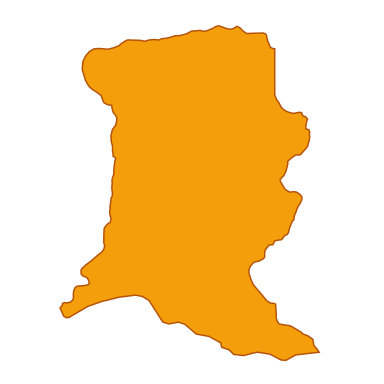 the district of Banyas, Tartus, Syria, rotated 271°
{"feature_id": "27442178B62310236233952", "entity_name": "Banyas", "entity_type": "district", "adm_level": 2, "iso_a3": "SYR", "parent_name": "Syria", "parent_adm1": "Tartus", "projection": "albers", "projection_center": [36.094, 35.15], "detail": "fine", "context": "isolated", "style": "filled", "palette": "amber", "viewbox_px": 384, "rotation_deg": 271, "n_neighbors": 0, "source": "geoboundaries", "source_scale": "gbopen_adm2", "svg_char_len": 3679}
<svg xmlns="http://www.w3.org/2000/svg" viewBox="0 0 384 384"><g transform="rotate(271 192 192)"><path d="M317.9,80.4L312.3,80.2L308.6,81.4L302.0,83.4L297.5,86.0L295.2,87.7L292.4,91.1L289.4,96.1L286.9,99.4L283.2,100.8L279.9,102.3L278.5,104.6L277.6,106.9L277.4,110.1L273.9,110.7L271.9,111.4L270.0,111.9L267.7,114.0L266.1,114.7L264.4,115.7L261.0,115.3L257.4,114.5L253.3,111.4L249.4,110.5L246.8,110.0L244.3,110.1L240.8,110.5L236.5,111.7L234.7,111.8L231.5,111.8L228.5,112.5L226.5,112.4L225.5,114.1L223.7,115.0L220.5,114.2L216.3,113.7L212.9,113.5L207.9,113.4L204.4,112.1L201.7,111.8L199.1,112.1L196.9,111.8L194.8,111.8L192.4,112.0L190.6,112.4L188.1,112.4L186.6,112.3L184.1,111.1L182.9,111.2L180.7,110.8L177.9,110.6L175.4,110.2L174.2,110.4L171.2,110.0L168.5,110.2L167.0,110.6L164.4,111.5L162.7,111.2L161.2,111.0L160.2,110.9L159.3,109.3L158.5,108.1L156.5,106.3L154.0,104.8L150.6,104.7L145.3,104.6L139.7,104.7L136.9,105.6L133.4,104.9L131.0,103.5L127.0,98.7L121.8,92.9L117.2,87.1L114.5,84.3L112.4,82.5L110.3,82.5L108.8,82.5L107.6,82.9L106.3,84.2L105.8,85.4L105.3,86.8L104.0,89.0L102.0,90.0L100.0,90.7L98.7,90.9L97.5,89.9L96.3,84.7L96.0,79.3L94.7,77.0L91.5,75.5L88.1,75.1L84.6,75.3L82.6,75.0L80.1,72.9L79.1,70.2L79.1,69.8L79.1,65.9L77.9,64.4L75.9,64.2L74.7,62.7L73.7,62.1L65.8,65.8L64.2,68.3L64.3,71.0L75.8,89.8L80.8,103.2L85.5,120.7L87.9,137.3L86.7,144.2L82.7,151.0L61.4,165.1L59.7,171.3L61.6,180.8L59.6,187.2L50.0,198.8L47.9,211.6L41.7,223.3L37.3,224.4L34.8,231.9L34.2,232.5L30.3,236.6L29.8,242.7L29.4,246.5L33.0,259.9L31.2,272.9L25.6,283.9L25.3,288.8L30.9,298.5L34.0,321.9L37.5,319.5L40.6,316.6L46.9,315.3L50.2,310.4L52.1,304.9L53.5,304.0L59.3,293.9L60.2,291.2L60.8,285.2L61.7,281.4L63.6,279.8L67.7,278.3L72.6,278.4L75.1,278.0L78.3,277.8L81.4,277.5L82.1,275.6L82.3,272.4L84.4,268.8L90.1,264.0L96.6,258.2L100.7,254.7L103.8,253.3L106.6,252.1L111.7,250.4L115.4,250.3L118.0,251.3L118.3,251.5L121.0,253.4L123.2,255.9L124.1,260.2L126.5,264.5L128.0,265.7L131.0,265.7L134.8,266.0L138.1,268.2L140.3,270.1L140.7,273.7L144.5,275.6L145.4,278.7L145.8,282.1L146.9,283.3L149.1,284.7L150.2,285.6L151.1,287.9L153.3,289.2L157.2,290.0L162.8,292.1L164.3,292.6L165.7,294.2L165.8,294.2L170.2,294.8L173.6,296.2L178.3,297.8L184.2,301.2L187.4,302.2L189.7,301.6L190.3,301.1L192.0,299.3L193.8,296.2L194.1,293.1L193.5,290.1L194.9,287.2L196.4,284.9L198.8,283.5L204.5,280.0L205.4,279.8L207.6,281.2L209.7,283.3L214.4,285.6L218.7,286.6L219.0,286.7L221.9,287.3L222.0,287.3L224.4,287.2L228.3,291.5L230.9,295.2L230.9,299.2L231.8,300.3L237.9,305.5L240.2,307.1L241.5,307.1L245.5,308.3L249.9,308.8L251.2,308.2L253.4,308.7L256.3,307.8L257.1,304.8L260.0,304.6L264.3,305.4L267.1,306.2L269.4,304.1L269.7,302.5L270.4,301.4L271.6,300.7L273.1,300.4L273.6,298.2L273.3,296.4L272.4,292.4L272.8,289.2L274.0,285.8L275.4,282.9L278.1,279.8L282.7,277.4L285.9,275.0L290.6,273.0L298.5,272.9L308.7,272.7L320.3,272.5L336.7,272.2L336.6,271.2L337.9,267.9L341.3,266.4L344.4,265.0L347.8,264.1L349.6,263.9L351.4,262.7L352.2,260.6L351.8,250.5L351.4,244.1L353.2,241.1L353.5,240.5L356.6,237.6L358.3,234.7L358.2,233.5L356.2,230.7L355.3,227.5L356.3,222.7L357.4,219.8L358.7,215.8L357.7,212.4L356.3,210.7L355.7,209.2L355.1,208.0L355.0,207.6L353.0,202.8L353.0,200.7L353.7,197.2L353.2,193.0L353.1,192.0L353.0,190.2L352.9,188.9L351.0,185.4L350.3,184.3L349.7,182.5L348.1,176.7L347.9,172.5L347.3,170.4L346.6,168.5L345.4,164.1L344.7,158.8L343.4,156.5L343.8,151.8L343.2,146.3L341.8,141.6L342.6,139.2L342.8,134.0L342.8,131.8L342.8,131.6L342.8,127.8L343.0,125.3L341.9,122.8L338.9,118.3L337.5,117.0L337.0,116.5L334.7,110.7L333.3,105.5L333.9,96.3L333.3,91.3L330.9,87.3L326.7,83.6L320.8,80.7L317.9,80.4Z" fill="#f59e0b" stroke="#b45309" stroke-width="1.5"/></g></svg>